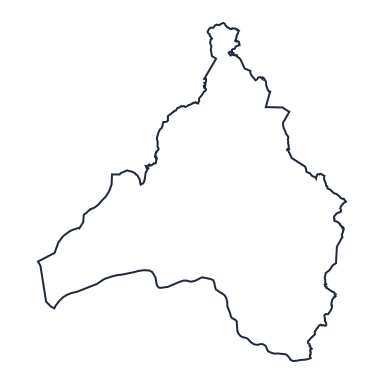 the district of Churumuco, Michoacán, Mexico
{"feature_id": "50627088B90340838344930", "entity_name": "Churumuco", "entity_type": "district", "adm_level": 2, "iso_a3": "MEX", "parent_name": "Mexico", "parent_adm1": "Michoacán", "projection": "albers", "projection_center": [-101.581, 18.721], "detail": "fine", "context": "isolated", "style": "outline", "palette": "slate", "viewbox_px": 384, "rotation_deg": 0, "n_neighbors": 0, "source": "geoboundaries", "source_scale": "gbopen_adm2", "svg_char_len": 5978}
<svg xmlns="http://www.w3.org/2000/svg" viewBox="0 0 384 384"><path d="M297.0,360.7L300.4,360.0L306.4,359.5L310.7,358.2L310.3,356.9L309.8,356.3L310.1,354.6L310.6,354.4L310.5,353.4L310.8,352.8L310.8,352.1L310.3,351.8L310.1,350.5L310.5,349.1L311.5,349.2L311.8,348.8L310.3,347.0L310.2,346.0L309.6,345.8L309.8,345.2L309.4,344.0L308.1,343.2L308.0,341.3L311.4,337.6L314.9,334.4L314.8,331.6L316.0,330.2L316.1,329.7L317.3,327.9L317.9,327.7L318.3,326.4L318.7,326.0L320.3,324.7L321.2,324.9L321.5,325.4L322.3,325.5L323.2,325.0L325.1,325.9L325.4,325.8L326.1,325.0L326.3,324.4L326.1,323.0L324.9,320.9L325.0,318.8L324.6,318.2L324.7,317.1L324.3,315.6L325.2,314.4L325.9,314.0L327.6,314.3L328.2,314.1L331.0,309.8L331.5,308.9L332.1,306.1L332.0,305.4L331.4,305.2L331.6,302.4L332.3,299.7L333.7,297.9L333.9,297.1L335.1,296.9L335.7,296.2L335.2,294.7L335.4,294.5L334.7,294.5L334.8,293.5L333.9,292.2L331.8,291.5L327.6,288.5L326.4,288.0L326.2,287.5L326.5,286.8L325.2,286.4L324.7,284.9L325.6,284.7L326.2,284.2L325.3,283.5L325.3,279.8L324.6,277.7L325.0,276.9L325.7,273.1L329.6,270.0L332.7,265.3L336.0,263.2L336.9,246.7L341.3,238.7L342.5,237.1L342.0,236.4L341.8,234.8L343.1,231.5L343.2,230.1L343.4,229.7L343.8,229.6L343.8,229.2L343.0,228.4L343.1,228.2L342.6,228.2L342.1,227.6L342.7,227.0L341.1,225.9L340.9,225.5L340.2,225.2L340.0,224.0L338.9,223.2L338.5,222.5L337.2,222.0L336.6,221.4L335.5,221.4L334.6,220.9L334.2,220.0L334.6,219.1L334.3,218.9L333.9,217.0L334.1,216.3L335.3,215.3L336.4,213.6L337.7,212.8L339.5,212.5L340.3,211.6L340.7,211.7L341.0,209.8L340.2,208.3L340.9,206.4L343.7,203.0L346.0,201.7L345.9,201.4L344.4,199.9L344.1,199.1L343.3,198.7L342.5,198.9L340.5,197.9L340.0,196.9L336.8,194.2L336.1,193.8L334.0,193.3L330.2,189.6L327.6,188.5L327.4,188.2L327.4,186.6L326.8,186.0L326.1,185.8L325.9,183.8L324.1,179.5L324.0,177.6L324.4,175.8L321.6,174.4L321.0,173.8L320.1,174.0L319.7,174.4L319.2,174.1L317.6,174.4L317.2,174.6L316.5,176.5L316.1,178.5L315.5,177.3L315.1,177.3L314.1,176.6L312.7,176.3L311.8,175.7L309.6,172.9L308.8,172.9L306.3,171.7L306.0,168.8L305.1,166.6L291.7,158.0L288.4,151.0L287.9,150.3L287.0,149.9L287.4,149.0L288.8,149.3L289.2,149.1L288.7,147.8L288.6,144.8L288.1,143.8L288.2,142.3L287.9,138.8L288.2,138.4L288.3,136.8L285.6,133.2L285.5,131.9L283.5,127.7L282.9,123.1L289.3,111.8L284.5,108.9L282.8,107.5L265.8,107.1L270.1,91.7L268.9,91.6L267.8,89.7L266.3,85.8L265.9,81.6L265.4,80.5L264.5,79.6L264.2,78.8L263.8,78.2L262.4,77.4L261.6,78.0L261.7,78.3L260.4,77.1L258.4,77.4L258.0,77.8L257.1,79.3L255.6,80.3L251.7,75.7L250.2,72.7L250.4,70.9L244.6,68.5L240.5,59.4L239.1,57.9L236.6,56.3L236.9,55.2L235.4,55.0L234.6,55.3L233.0,54.9L233.1,54.2L233.7,53.5L233.4,52.9L233.1,52.8L232.3,53.2L230.9,55.1L230.7,54.6L230.1,54.9L228.6,53.0L228.7,52.6L230.0,51.7L230.9,52.0L231.7,51.9L232.0,51.6L232.0,49.7L233.0,49.1L234.5,48.9L235.3,47.9L235.5,47.0L236.8,46.0L239.5,45.2L239.1,44.3L239.4,43.4L238.6,42.5L238.8,41.8L237.0,40.9L236.6,41.5L235.4,41.1L235.1,40.8L236.4,38.1L236.8,34.9L237.7,34.0L238.3,32.2L238.3,31.3L238.9,30.8L237.3,29.4L236.6,29.7L236.5,29.2L235.4,28.5L233.2,28.5L232.3,28.2L231.8,29.0L230.2,29.0L228.6,27.7L227.0,27.3L226.5,26.3L225.5,25.4L224.9,24.0L223.8,23.1L223.3,23.0L220.8,23.9L219.9,25.0L218.4,25.0L216.9,24.6L215.1,25.4L213.5,27.6L212.5,27.8L211.3,27.5L210.0,28.1L209.0,29.1L207.7,31.4L207.9,32.7L208.5,33.5L209.6,34.1L209.7,35.5L212.0,38.7L210.9,39.4L210.5,40.4L210.1,43.2L211.4,46.0L210.8,49.5L211.9,56.0L216.1,58.7L204.2,78.9L206.0,78.9L206.0,81.4L205.6,82.4L204.5,82.7L205.5,84.5L204.9,85.3L203.8,85.7L204.0,87.4L205.0,87.3L205.0,88.2L205.9,89.1L206.1,89.8L205.0,91.1L204.1,91.4L202.3,94.6L199.1,98.4L198.9,99.6L199.3,100.9L198.2,102.8L198.2,103.4L197.0,103.3L196.2,102.4L195.5,102.3L194.8,102.9L193.1,102.7L192.6,103.5L191.2,103.9L190.5,104.7L188.6,105.0L187.8,105.8L185.6,106.9L185.1,107.0L184.3,106.2L182.9,106.1L182.1,106.4L181.3,106.1L179.1,107.7L178.1,107.7L177.3,108.1L177.1,108.7L175.9,110.5L174.2,111.0L173.8,111.6L167.8,116.2L168.1,118.0L167.7,118.7L168.1,120.2L166.9,121.6L165.0,122.0L163.4,122.0L161.9,127.7L160.1,129.3L158.6,132.1L156.9,138.0L156.9,138.9L157.7,142.2L157.5,146.5L158.6,148.6L158.5,149.5L157.3,150.8L156.9,151.7L156.3,151.7L155.9,152.7L156.0,153.5L155.5,153.9L155.5,154.5L155.0,155.7L154.9,156.5L155.3,157.0L155.9,156.9L155.6,157.5L156.9,158.2L157.0,158.5L156.9,158.7L156.2,158.5L156.0,158.8L156.4,159.9L155.6,163.3L155.0,163.7L153.7,163.3L153.2,164.0L151.3,165.5L150.2,165.3L149.6,164.4L149.0,164.6L148.7,165.9L147.5,165.6L146.7,166.2L145.8,166.0L146.6,168.0L148.1,168.0L148.4,168.3L147.2,169.6L146.8,170.7L146.3,171.2L146.3,171.9L145.6,172.8L144.9,178.6L143.9,182.0L143.1,183.4L140.7,184.6L140.0,181.9L139.8,179.8L137.4,175.4L136.1,174.6L135.1,173.3L132.6,171.9L127.1,170.4L120.6,173.2L119.6,174.5L112.0,174.4L111.6,184.3L110.1,188.8L108.6,192.2L105.5,196.9L100.3,202.2L98.9,204.2L94.7,207.5L91.4,208.9L90.1,209.9L90.9,208.6L86.0,213.2L84.2,214.4L83.7,215.3L83.2,222.3L79.3,228.4L78.7,228.1L77.0,228.4L71.5,230.3L68.5,232.1L64.3,235.2L62.4,237.1L58.3,242.6L54.6,252.9L38.0,261.5L40.4,265.7L46.1,301.6L50.8,306.5L54.4,308.3L55.7,305.6L59.1,301.1L62.7,297.5L66.7,295.0L71.3,293.1L77.5,291.6L97.0,283.9L104.5,278.9L112.0,276.4L118.4,274.9L121.0,274.8L133.9,272.2L138.6,270.9L144.1,270.2L149.2,270.5L151.9,271.8L153.9,274.6L155.7,278.2L156.5,283.6L157.2,285.8L158.7,287.5L160.3,287.9L167.8,286.9L179.2,282.0L183.4,280.6L186.8,280.6L189.2,281.4L191.7,281.6L195.6,280.6L201.3,277.6L202.8,277.4L209.6,278.8L212.7,279.8L213.4,280.6L214.3,282.7L215.0,286.6L215.7,289.0L216.0,289.5L219.5,292.0L222.2,293.5L224.4,295.1L226.0,297.5L227.2,301.5L227.4,306.5L230.0,312.9L230.8,316.1L232.0,318.1L235.5,319.9L236.7,321.3L237.4,331.1L238.3,333.3L240.7,336.2L242.5,337.1L245.7,337.8L247.6,338.7L251.5,342.7L253.9,344.2L256.4,344.8L257.6,344.8L261.2,344.0L263.4,344.4L265.7,346.0L267.8,350.9L270.0,352.3L273.7,353.5L278.4,353.5L285.5,354.3L287.3,355.4L289.3,357.7L290.4,359.6L291.7,360.5L293.5,361.0L297.0,360.7Z" fill="none" stroke="#1e293b" stroke-width="2"/></svg>